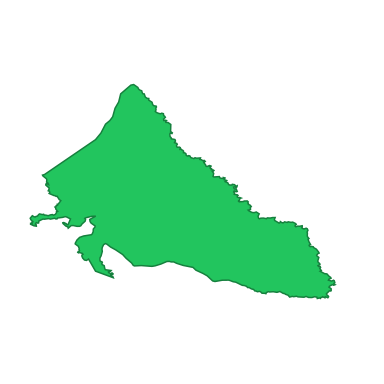 the district of Bomet East, Rift Valley, Kenya, rotated 279°
{"feature_id": "3690345B81361718006434", "entity_name": "Bomet East", "entity_type": "district", "adm_level": 2, "iso_a3": "KEN", "parent_name": "Kenya", "parent_adm1": "Rift Valley", "projection": "equal_earth", "projection_center": [35.412, -0.848], "detail": "fine", "context": "isolated", "style": "filled", "palette": "green", "viewbox_px": 384, "rotation_deg": 279, "n_neighbors": 0, "source": "geoboundaries", "source_scale": "gbopen_adm2", "svg_char_len": 5973}
<svg xmlns="http://www.w3.org/2000/svg" viewBox="0 0 384 384"><g transform="rotate(279 192 192)"><path d="M95.0,127.7L95.9,127.2L96.8,124.8L97.7,124.6L98.1,126.7L98.9,126.8L99.6,125.6L98.7,124.8L99.3,122.2L100.1,121.9L101.0,123.9L101.8,124.4L101.7,118.6L102.6,117.9L105.5,116.8L106.3,114.6L107.3,114.1L108.2,114.5L109.1,113.9L109.1,112.4L110.3,111.7L112.5,111.4L114.7,112.2L119.3,112.7L121.6,112.0L123.5,112.1L126.3,113.0L127.5,114.6L127.2,116.0L124.9,120.2L122.9,125.7L119.4,133.3L116.2,137.3L112.4,143.5L110.3,145.5L110.0,146.8L111.4,153.4L112.3,164.1L113.3,167.1L116.0,172.6L119.4,178.0L119.9,180.4L119.7,182.3L120.1,184.9L119.2,187.8L118.1,194.8L117.7,204.8L115.4,208.1L113.3,215.5L111.6,220.1L107.4,226.3L107.2,228.7L109.6,235.7L110.7,242.0L110.5,243.5L109.8,246.7L109.8,249.3L107.7,256.2L107.8,258.4L107.4,260.5L106.3,262.0L106.6,263.4L105.6,265.7L105.4,268.1L104.1,269.5L104.2,270.8L103.7,272.1L104.4,274.3L104.2,275.3L103.0,276.9L103.3,279.8L103.1,280.9L104.3,281.2L105.5,282.9L105.4,284.3L106.2,287.8L106.2,291.6L107.5,294.4L106.1,298.0L106.2,299.3L105.6,300.3L105.1,303.0L103.5,304.9L104.6,307.4L104.5,308.8L105.4,311.6L105.0,313.0L105.6,319.1L106.7,321.0L106.1,323.6L106.5,326.9L107.7,329.4L107.7,331.8L106.4,332.4L107.3,334.4L107.0,335.5L107.9,335.7L108.3,336.9L109.0,337.3L108.3,339.9L109.5,340.1L108.8,342.7L109.9,343.3L110.7,342.7L111.4,341.4L112.5,340.7L115.9,343.2L115.9,344.6L116.6,344.9L118.3,344.5L119.4,342.2L120.4,342.5L122.4,345.0L122.1,346.5L122.8,347.7L123.1,346.7L123.9,346.4L124.7,347.3L126.6,346.4L127.0,345.6L125.9,343.9L126.2,340.5L127.3,340.8L128.5,342.8L129.3,342.4L130.3,340.4L132.2,338.1L132.1,335.7L133.8,330.9L134.7,332.0L136.4,330.2L137.6,330.8L138.5,330.2L138.2,328.7L139.0,327.9L140.4,329.7L141.2,329.4L142.4,327.6L143.5,327.0L147.2,327.5L148.3,325.5L149.1,325.0L150.8,326.0L151.5,327.1L152.2,326.7L155.0,323.8L156.0,321.1L156.9,320.3L156.9,318.5L156.5,317.3L157.3,316.1L158.1,316.2L158.6,317.3L161.3,315.2L163.6,314.0L164.3,314.8L166.0,313.0L166.8,312.7L169.5,312.4L170.4,311.9L172.3,312.5L173.7,311.6L174.1,310.4L173.0,308.4L173.2,307.2L173.8,306.0L174.8,306.4L175.9,306.1L175.0,303.6L174.8,301.7L173.9,300.0L174.5,299.1L175.6,299.2L176.2,300.0L177.0,299.4L178.0,296.2L177.5,294.5L177.6,291.6L176.8,290.8L177.0,288.1L175.9,287.1L175.7,285.8L176.6,283.9L175.6,283.8L174.9,282.9L176.8,278.1L177.6,277.7L179.8,278.1L179.4,275.7L178.5,273.3L178.2,270.4L177.3,269.7L177.4,266.6L176.9,264.0L176.1,262.8L176.4,261.9L178.4,261.0L180.9,261.8L182.3,258.6L181.3,256.5L181.2,254.5L182.1,251.5L182.9,250.3L183.9,252.5L186.2,252.0L186.8,252.8L188.0,251.7L188.6,249.6L189.4,249.5L190.0,248.8L191.0,249.1L191.8,248.0L191.2,244.8L190.6,244.2L189.7,240.2L190.1,239.4L190.8,239.4L191.3,240.2L193.1,240.3L193.7,241.4L194.0,240.0L193.7,238.7L194.1,237.5L195.0,237.4L195.8,238.0L196.3,237.3L196.3,234.1L197.7,234.2L198.6,233.1L199.6,233.5L199.2,235.8L199.6,236.6L202.2,235.0L201.6,234.2L201.9,233.1L203.4,232.3L203.8,233.4L203.2,234.8L204.1,235.6L205.2,235.6L204.5,234.6L205.9,232.9L205.9,230.6L205.1,230.3L204.8,228.2L205.1,227.0L206.8,225.8L207.4,223.2L208.8,224.4L209.2,221.9L211.0,222.4L211.2,220.7L210.3,220.9L210.1,218.7L210.3,217.3L211.5,216.6L210.3,211.4L210.6,210.4L213.8,210.5L215.4,208.9L216.0,209.9L216.7,210.3L217.1,209.3L217.0,207.6L218.0,207.7L218.2,206.4L219.1,206.1L219.9,206.6L220.1,205.6L220.7,206.2L220.9,205.2L219.5,202.8L219.8,201.7L220.9,201.2L222.9,199.1L224.3,200.3L225.1,199.0L224.3,198.6L225.4,196.1L225.4,194.7L227.0,195.0L226.1,191.3L226.3,189.6L225.3,188.6L225.8,185.5L227.3,184.2L227.4,183.0L226.8,182.3L227.0,181.3L227.4,180.5L228.9,180.0L229.5,178.8L229.5,177.4L231.0,177.3L231.8,176.3L232.1,175.1L232.7,174.5L232.3,173.5L234.0,173.5L234.4,172.4L233.9,170.9L234.3,169.8L235.9,169.4L236.7,170.0L237.6,169.4L238.0,167.0L239.8,167.7L240.7,167.3L241.2,166.8L241.3,163.3L242.5,162.8L243.2,161.7L245.7,161.0L246.7,161.3L246.6,163.1L247.4,163.3L248.4,161.4L255.4,160.5L256.9,157.4L256.7,155.3L257.5,154.9L258.6,155.6L258.7,154.4L258.2,152.9L259.6,152.5L261.6,154.0L262.6,153.1L263.0,152.1L264.9,151.5L265.1,149.8L264.4,148.8L264.4,147.2L264.8,145.1L265.7,143.2L267.6,143.6L269.3,143.1L270.4,143.6L271.2,143.2L271.2,141.1L271.6,140.2L272.2,139.5L274.4,138.5L276.0,134.9L277.6,134.7L277.5,132.9L278.5,131.0L281.4,129.5L281.3,128.3L282.1,127.4L284.1,126.5L284.6,124.2L285.6,122.9L286.8,122.2L289.0,117.6L288.0,114.9L277.8,106.2L269.4,105.5L262.7,102.9L253.9,101.9L249.7,99.7L245.5,96.0L235.9,92.8L228.6,88.5L186.2,43.6L185.3,41.7L184.5,42.3L182.4,46.0L181.4,46.7L179.1,46.8L178.5,48.1L177.7,48.8L176.9,49.2L177.6,47.0L176.9,46.4L175.9,46.6L173.7,50.1L172.6,50.4L170.7,49.8L170.4,51.1L169.3,51.6L168.2,51.1L166.9,56.2L166.9,57.4L166.4,58.5L166.7,59.5L163.8,62.0L162.9,63.8L159.2,61.8L158.8,60.8L157.8,61.2L157.3,60.0L156.3,60.0L155.7,59.0L154.8,59.9L153.9,60.1L151.9,62.3L151.5,61.2L150.5,61.4L148.6,60.6L147.4,58.8L147.9,57.7L147.2,55.6L146.1,53.7L146.3,51.1L146.0,49.8L146.8,49.0L146.3,47.7L146.5,44.9L145.8,44.1L144.0,43.1L143.5,41.8L142.8,41.1L142.8,40.0L143.6,38.0L140.8,36.3L139.4,37.2L137.7,39.5L137.0,38.6L135.9,39.0L135.8,37.5L134.9,37.6L133.9,41.1L133.9,43.6L135.2,43.3L135.8,42.3L137.4,43.0L137.1,44.0L137.4,45.3L139.4,45.3L141.9,48.9L142.1,50.7L143.3,54.5L143.1,56.5L144.6,60.5L144.1,61.5L144.3,62.9L145.3,63.4L146.7,68.2L147.8,70.6L147.8,71.8L146.4,76.2L140.4,74.7L140.3,73.6L141.1,72.6L141.8,70.1L141.4,69.2L140.7,69.5L138.6,72.7L138.1,74.8L136.9,75.4L139.9,77.9L140.3,79.9L140.1,83.9L140.5,86.3L141.3,87.5L143.1,88.3L146.4,91.0L148.2,91.2L149.2,90.2L150.0,91.3L152.3,96.7L153.1,100.7L148.9,95.3L146.8,96.0L145.5,97.2L143.3,101.6L142.3,101.7L140.0,100.3L137.3,100.6L135.1,100.0L134.1,99.4L131.6,91.8L129.6,88.1L126.6,85.9L123.1,84.7L122.4,84.8L120.6,88.2L118.4,89.5L117.4,89.4L116.5,90.1L115.7,89.8L115.4,88.9L114.5,88.6L114.1,89.6L114.6,90.3L114.2,93.3L113.4,94.1L112.6,93.2L111.6,93.2L109.7,94.3L108.0,96.4L107.9,98.5L109.6,100.3L98.7,109.1L95.0,127.7Z" fill="#22c55e" stroke="#15803d" stroke-width="1.5"/></g></svg>